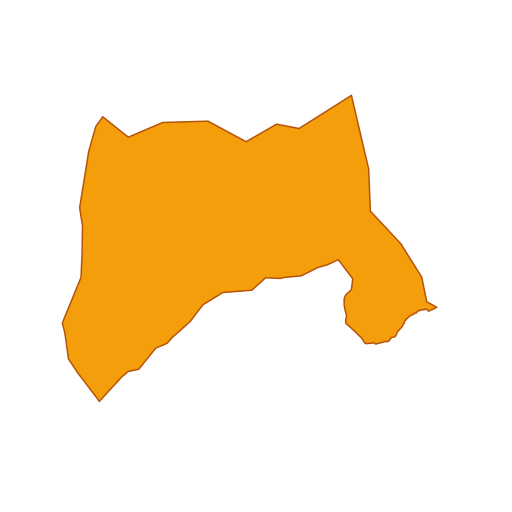 Ceel, Töv, Mongolia, rotated 14°
{"feature_id": "93677404B76235859844194", "entity_name": "Ceel", "entity_type": "district", "adm_level": 2, "iso_a3": "MNG", "parent_name": "Mongolia", "parent_adm1": "Töv", "projection": "mercator", "projection_center": [105.615, 48.405], "detail": "fine", "context": "isolated", "style": "filled", "palette": "amber", "viewbox_px": 512, "rotation_deg": 14, "n_neighbors": 0, "source": "geoboundaries", "source_scale": "gbopen_adm2", "svg_char_len": 2630}
<svg xmlns="http://www.w3.org/2000/svg" viewBox="0 0 512 512"><g transform="rotate(14 256 256)"><path d="M443.6,262.0L432.8,259.1L421.9,236.4L393.6,209.1L356.1,184.8L344.3,144.4L309.8,77.2L309.7,77.1L266.9,121.9L244.1,123.1L218.7,147.5L176.8,136.8L133.2,149.0L103.3,171.6L73.6,158.0L69.2,169.1L68.4,195.1L73.2,251.9L80.4,268.8L86.6,295.5L91.4,319.1L84.3,367.8L89.2,377.0L98.9,401.2L111.3,412.5L139.2,434.9L155.0,405.8L160.0,398.9L169.6,394.3L181.0,369.7L190.8,362.2L194.4,355.4L208.0,335.5L216.2,316.3L232.6,299.5L260.2,290.2L270.6,274.8L285.0,271.9L288.3,270.1L304.7,264.3L318.9,252.1L327.2,247.4L336.7,239.6L355.4,254.7L356.7,265.6L352.4,272.2L351.9,276.4L353.6,282.9L355.9,287.7L358.3,292.0L358.3,292.3L358.4,293.3L358.4,296.2L359.2,298.9L359.6,299.6L360.9,300.4L363.0,301.4L365.1,302.5L367.5,303.8L367.8,304.0L369.4,304.8L370.9,305.7L373.6,307.3L375.1,308.2L376.6,309.0L376.9,309.2L378.7,310.5L378.8,310.5L380.2,311.7L381.0,312.5L381.2,312.8L381.5,313.1L382.4,314.0L382.8,314.0L383.8,314.5L386.2,313.6L387.9,313.1L389.3,312.7L390.1,312.2L391.4,311.6L392.9,312.5L394.1,312.2L395.4,311.4L396.9,310.7L398.2,309.9L399.4,309.3L400.6,308.5L401.8,307.9L403.0,307.6L404.4,307.2L405.4,306.3L406.7,303.4L407.1,302.4L407.6,302.0L408.0,301.8L408.8,301.5L409.8,301.1L410.5,300.3L410.9,299.6L411.2,298.1L411.3,295.8L411.5,295.4L411.6,295.2L411.8,295.0L412.0,294.7L412.4,294.2L412.6,293.4L412.7,293.2L413.1,292.4L413.8,291.3L413.9,291.2L414.5,290.1L414.6,289.9L414.8,289.1L415.0,288.2L415.2,287.8L415.4,286.9L415.6,286.1L416.0,285.6L416.2,284.9L416.0,284.2L415.9,284.0L415.9,283.7L416.1,282.6L416.4,282.3L416.6,282.2L416.8,281.8L416.7,281.4L416.8,281.1L417.2,280.9L417.6,280.3L418.0,279.8L418.1,279.5L418.4,279.1L418.5,278.9L418.5,278.7L418.6,278.3L418.7,278.2L419.2,277.9L419.5,277.4L420.1,276.8L420.3,276.6L420.4,276.4L420.6,276.1L420.7,275.9L420.9,275.8L421.0,275.7L421.4,275.5L422.3,275.0L423.0,274.4L423.3,273.8L423.6,273.1L423.8,273.0L424.1,272.9L424.4,272.8L424.7,272.7L425.0,272.7L425.3,272.4L425.6,271.8L425.6,271.7L425.9,271.3L426.0,271.1L426.2,270.8L426.3,270.8L426.6,270.4L426.6,270.0L426.7,269.9L426.7,269.7L426.8,269.7L427.0,269.6L427.5,269.5L427.8,269.4L428.4,269.2L428.6,268.7L429.0,268.2L429.4,268.2L430.2,268.1L430.8,267.9L431.2,267.5L431.6,267.4L431.8,267.6L432.1,267.6L432.2,267.4L432.5,267.0L432.8,266.9L433.2,266.7L433.5,266.4L433.9,266.2L434.3,266.3L434.8,266.4L435.3,266.8L435.6,267.2L436.2,267.5L436.7,267.6L437.3,267.6L437.8,267.2L438.4,266.6L438.6,266.2L439.0,265.7L439.5,265.4L439.9,265.3L440.4,265.2L441.1,264.4L441.9,263.9L442.5,263.2L443.6,262.0Z" fill="#f59e0b" stroke="#b45309" stroke-width="1.5"/></g></svg>